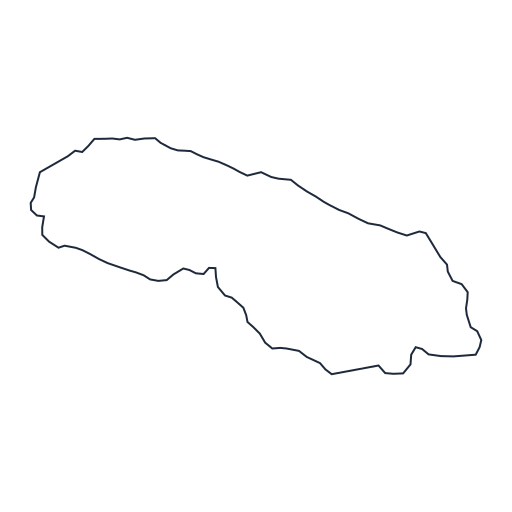 Baixio, Ceará, Brazil (Albers equal-area conic projection)
{"feature_id": "56859067B56515520379315", "entity_name": "Baixio", "entity_type": "district", "adm_level": 2, "iso_a3": "BRA", "parent_name": "Brazil", "parent_adm1": "Ceará", "projection": "albers", "projection_center": [-38.756, -6.713], "detail": "fine", "context": "isolated", "style": "outline", "palette": "slate", "viewbox_px": 512, "rotation_deg": 0, "n_neighbors": 0, "source": "geoboundaries", "source_scale": "gbopen_adm2", "svg_char_len": 1558}
<svg xmlns="http://www.w3.org/2000/svg" viewBox="0 0 512 512"><path d="M432.5,244.1L425.8,233.1L419.4,231.5L406.8,235.5L397.4,232.5L388.0,228.7L380.2,225.4L368.0,223.3L358.5,218.8L348.3,213.3L339.2,210.0L329.8,205.2L323.7,201.8L315.9,196.6L307.1,191.6L298.0,185.5L290.9,179.8L278.6,178.7L271.2,177.0L261.1,172.2L247.3,175.6L239.5,171.9L233.4,168.5L227.6,165.7L218.5,161.7L211.4,159.6L203.5,157.2L197.2,154.4L190.7,151.1L184.4,150.7L177.8,150.4L170.8,148.3L160.7,142.9L155.1,138.2L144.3,138.5L135.0,139.8L127.1,137.8L119.7,139.4L112.3,138.5L104.8,138.8L94.4,138.9L88.2,146.1L82.2,152.0L75.1,150.7L67.9,156.2L39.9,172.2L35.9,187.2L34.1,197.4L30.7,202.9L31.1,210.0L36.9,215.5L44.0,216.4L42.2,227.3L42.3,234.9L49.0,241.6L58.5,247.7L64.6,245.7L75.8,247.8L82.3,250.1L90.0,254.0L99.1,259.1L107.6,263.1L120.7,267.6L129.4,270.5L136.0,272.4L143.7,275.3L150.1,279.4L158.3,280.9L166.7,280.1L173.5,274.4L183.3,268.5L189.4,270.0L195.9,273.3L203.6,274.0L209.0,267.9L215.4,268.1L216.0,277.0L217.9,287.0L225.0,295.5L231.7,297.6L237.1,302.2L243.4,307.8L246.2,315.2L247.5,322.0L253.3,327.1L259.8,333.6L265.2,342.7L272.3,348.5L280.3,347.9L286.5,348.5L299.0,350.9L306.8,357.0L320.0,363.1L325.4,369.4L331.7,374.2L378.5,365.5L385.2,373.1L393.4,373.8L403.1,373.4L410.5,364.4L411.2,354.7L415.7,347.2L422.1,349.0L428.6,354.4L441.0,356.1L453.5,356.4L475.7,354.7L479.6,347.2L481.3,340.1L477.2,331.2L470.7,327.2L466.8,314.9L466.0,308.4L467.3,299.6L467.7,292.2L461.7,284.2L452.6,280.9L447.8,271.6L447.0,264.6L440.3,257.0L432.5,244.1Z" fill="none" stroke="#1e293b" stroke-width="2"/></svg>